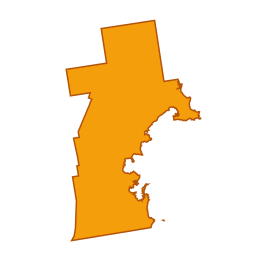 Ceduna, South Australia, Australia, rotated 261°
{"feature_id": "25037944B93610458864606", "entity_name": "Ceduna", "entity_type": "district", "adm_level": 2, "iso_a3": "AUS", "parent_name": "Australia", "parent_adm1": "South Australia", "projection": "orthographic", "projection_center": [133.706, -32.147], "detail": "fine", "context": "isolated", "style": "filled", "palette": "amber", "viewbox_px": 256, "rotation_deg": 261, "n_neighbors": 0, "source": "geoboundaries", "source_scale": "gbopen_adm2", "svg_char_len": 5906}
<svg xmlns="http://www.w3.org/2000/svg" viewBox="0 0 256 256"><g transform="rotate(261 128 128)"><path d="M26.1,135.2L27.3,135.5L29.0,136.4L31.2,138.6L32.2,138.8L32.0,139.6L32.8,139.8L33.2,139.6L33.0,139.0L34.5,138.4L34.9,137.3L35.8,136.9L35.9,136.4L35.5,136.0L35.7,135.3L36.2,134.8L37.4,134.4L41.5,134.3L42.0,134.5L43.3,134.1L43.8,134.4L44.6,134.5L45.6,134.1L52.6,136.4L53.7,137.8L54.6,136.9L55.8,137.2L56.3,137.7L56.7,137.5L56.8,137.0L57.4,136.7L58.4,137.1L58.7,137.5L59.1,137.4L59.5,136.6L59.4,136.0L59.8,136.3L59.9,136.1L59.3,135.5L59.4,134.9L60.8,133.9L61.9,133.7L62.8,133.8L67.8,136.3L68.8,137.0L68.9,137.6L69.2,137.7L68.9,138.4L69.2,138.9L69.2,138.3L69.8,137.7L69.8,136.9L69.0,136.7L68.9,135.9L68.4,135.6L67.8,135.6L67.8,135.1L67.0,134.2L66.9,133.5L66.1,132.9L65.4,132.9L65.5,132.6L64.3,132.6L63.5,132.1L62.7,132.7L61.7,132.3L61.5,132.5L61.4,132.3L61.2,133.3L60.8,133.6L60.0,133.8L59.6,133.1L59.6,133.7L59.6,134.1L59.4,133.1L59.6,132.7L60.2,132.6L59.5,132.6L58.2,133.0L57.8,133.7L57.2,133.6L57.4,133.5L57.1,133.3L57.7,132.2L57.2,132.4L56.1,131.8L55.5,132.0L55.0,131.2L55.3,130.9L54.8,130.6L54.6,130.2L54.2,130.2L55.0,129.7L54.7,129.4L54.9,128.5L54.3,128.2L54.7,127.5L54.6,126.9L55.4,126.1L57.0,125.9L57.4,125.0L58.4,124.4L59.2,124.5L59.6,125.1L60.4,124.8L61.3,123.4L61.3,123.8L62.1,124.1L62.7,125.8L63.4,125.9L63.1,122.8L63.4,121.5L64.8,119.7L65.7,119.5L66.0,119.2L66.8,119.2L67.7,120.0L68.1,119.7L68.6,119.9L68.3,120.7L68.5,121.0L69.4,121.0L69.2,121.2L69.4,121.5L67.9,122.1L68.0,122.4L68.6,122.6L68.9,123.1L68.8,123.6L68.4,124.0L69.9,124.5L71.0,124.4L71.5,124.9L71.3,126.4L70.1,127.7L70.6,128.5L71.6,129.4L71.8,129.1L72.9,129.0L73.8,127.9L74.1,127.2L73.8,126.9L73.9,127.6L73.6,127.9L73.7,127.0L73.3,127.3L73.1,126.7L72.9,126.9L73.1,127.4L72.7,127.3L72.6,127.7L72.2,127.1L71.8,127.3L71.8,126.9L72.3,126.7L72.5,126.1L73.5,125.6L73.1,125.1L73.8,125.4L74.3,124.8L75.0,124.2L74.3,125.0L74.1,125.8L74.4,126.7L75.0,126.0L74.7,126.8L75.0,127.1L74.5,128.7L74.6,129.4L77.0,131.6L79.5,132.1L79.9,130.1L81.6,129.4L82.3,128.4L83.3,127.8L83.5,127.2L84.4,126.7L83.3,125.1L83.2,124.7L83.5,124.0L82.7,123.3L82.5,122.4L83.7,120.6L83.3,119.9L83.9,118.4L85.6,116.8L86.8,116.3L88.9,116.5L90.1,117.7L91.2,117.4L91.2,118.0L92.0,118.3L91.6,119.1L92.6,119.3L92.5,118.9L93.7,118.4L94.9,118.9L95.3,119.5L95.1,119.8L96.4,120.2L97.2,119.8L97.5,120.0L98.1,120.4L98.0,120.9L98.2,121.4L97.8,123.0L98.1,124.4L97.9,125.6L97.3,126.3L95.6,127.1L94.3,126.8L93.5,127.4L93.6,128.2L94.3,128.8L96.5,127.9L97.1,127.3L98.6,127.0L100.0,128.0L101.4,129.4L101.7,130.5L101.2,131.3L100.8,131.4L100.5,132.3L100.7,133.8L100.0,134.9L99.9,136.4L99.2,137.0L99.2,138.2L100.6,137.6L102.4,137.4L102.9,137.1L104.9,136.8L106.1,137.0L106.6,137.4L107.7,137.4L108.5,138.4L108.2,139.1L109.6,138.0L111.4,138.8L111.9,139.5L111.8,140.7L112.3,142.2L111.8,143.4L111.3,143.6L111.2,144.3L111.5,145.4L112.6,146.8L112.4,148.2L112.8,148.6L112.8,149.0L113.5,149.5L114.1,149.4L114.5,148.3L115.3,147.8L116.1,147.6L117.0,147.8L117.8,147.5L118.2,146.9L118.1,146.7L118.4,146.4L118.3,146.1L119.5,145.7L119.0,145.2L119.5,143.8L119.2,143.5L120.5,143.6L121.6,144.0L122.2,144.7L122.5,145.7L121.3,146.1L121.1,146.5L122.2,146.6L122.3,147.3L122.8,147.7L122.7,148.1L123.8,147.7L125.0,148.2L125.7,149.4L126.7,150.3L127.6,152.3L128.7,152.3L129.1,152.7L130.3,154.7L130.8,157.4L131.2,157.4L131.4,158.0L132.3,158.3L134.2,159.7L135.6,162.3L135.8,163.4L137.3,165.8L137.6,166.8L138.8,167.8L139.3,169.7L139.0,171.1L139.3,171.5L140.1,171.2L141.0,171.3L141.9,172.7L142.0,174.7L141.8,175.3L141.4,175.5L141.6,176.4L141.2,177.0L140.4,177.2L140.5,177.7L139.9,178.4L139.9,178.7L139.2,178.6L138.8,179.1L138.7,178.9L137.8,179.3L137.6,179.8L136.8,179.9L136.9,180.1L136.7,179.9L136.5,180.1L136.1,180.0L135.2,179.4L134.4,180.3L134.1,180.3L134.6,179.5L134.3,179.1L134.0,180.1L132.9,180.2L132.9,179.8L132.5,179.8L131.9,179.2L132.2,178.6L132.9,178.4L132.6,177.8L133.7,177.8L133.5,177.3L134.2,177.2L134.6,177.3L134.5,177.7L134.8,177.4L134.5,176.9L133.1,176.7L132.5,177.0L133.4,177.3L133.1,177.5L132.2,177.0L132.1,176.6L132.5,176.8L132.7,176.5L132.5,176.4L132.9,176.5L132.2,176.1L131.8,175.3L132.7,175.1L132.9,175.5L132.8,174.9L132.3,174.6L132.6,174.7L133.0,175.2L132.8,174.7L133.5,174.8L132.3,174.5L130.3,174.9L129.4,174.5L128.7,174.7L128.8,178.7L128.3,180.1L128.0,180.3L128.0,181.7L126.9,183.4L127.0,183.7L126.6,184.4L126.8,184.9L126.6,185.8L126.1,186.3L128.0,190.4L127.5,191.5L126.8,191.6L126.1,192.1L126.4,193.2L126.2,193.6L125.6,194.1L125.6,194.9L126.5,195.1L127.1,197.0L127.0,198.9L126.6,199.4L126.0,199.5L125.8,200.1L125.8,201.1L126.1,201.3L126.4,201.2L126.9,199.7L127.5,199.4L128.0,199.5L128.7,200.3L129.4,199.7L129.5,199.9L130.2,199.5L130.9,200.3L132.9,201.1L133.1,200.3L132.8,199.9L132.8,199.2L133.3,197.8L133.9,197.2L135.2,196.7L134.7,195.9L135.0,195.1L136.8,192.8L137.4,192.5L141.0,192.2L142.5,192.4L143.9,192.8L145.7,193.9L148.2,194.5L148.9,193.6L148.4,192.8L148.5,192.4L148.2,191.5L148.8,190.6L150.0,189.7L150.9,188.6L153.2,187.3L154.6,186.9L155.3,186.0L157.0,185.9L158.4,186.3L161.8,187.9L163.0,188.1L163.1,187.1L162.4,187.3L162.0,186.8L161.3,186.6L160.5,185.8L159.2,185.4L159.2,183.2L158.7,182.6L158.2,182.5L158.7,182.5L159.3,183.1L159.4,185.3L161.1,185.9L162.3,185.6L162.4,185.8L162.3,186.0L161.1,186.2L162.1,186.6L162.5,187.1L162.5,186.5L163.1,185.7L162.7,185.9L162.3,185.4L162.2,185.2L162.7,185.2L162.6,185.5L162.8,185.9L163.1,185.6L163.9,185.4L163.8,185.0L164.1,185.2L164.7,184.7L164.8,185.1L165.1,184.9L165.2,184.5L165.7,184.3L165.8,184.5L165.3,184.7L164.8,185.5L164.0,185.7L166.2,185.5L168.3,185.0L168.4,170.8L230.1,171.1L230.4,117.1L195.4,117.0L195.6,76.2L168.8,76.2L168.7,96.2L163.9,93.7L163.4,95.0L161.8,96.7L159.0,94.5L158.1,94.3L132.2,78.3L126.4,78.3L126.4,72.6L106.8,73.7L98.6,73.7L98.6,71.6L88.4,71.6L88.4,65.6L64.3,65.7L37.1,60.4L29.8,58.0L25.6,54.7L26.1,135.2ZM31.0,149.2L31.5,148.4L31.4,148.1L30.8,149.1L31.0,149.2Z" fill="#f59e0b" stroke="#b45309" stroke-width="1.5"/></g></svg>